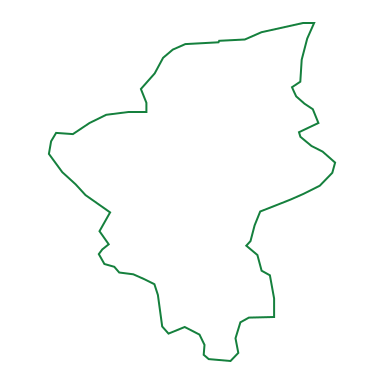 Laxå, Orebro, Sweden (Natural Earth projection)
{"feature_id": "70781695B77797038305071", "entity_name": "Laxå", "entity_type": "district", "adm_level": 2, "iso_a3": "SWE", "parent_name": "Sweden", "parent_adm1": "Orebro", "projection": "natural_earth1", "projection_center": [14.59, 58.927], "detail": "fine", "context": "isolated", "style": "outline", "palette": "green", "viewbox_px": 384, "rotation_deg": 0, "n_neighbors": 0, "source": "geoboundaries", "source_scale": "gbopen_adm2", "svg_char_len": 1048}
<svg xmlns="http://www.w3.org/2000/svg" viewBox="0 0 384 384"><path d="M274.1,317.0L274.1,298.5L269.9,275.3L261.6,270.7L257.4,255.0L246.3,245.7L250.5,241.1L254.6,225.4L260.2,211.5L276.8,205.0L290.7,199.5L303.2,194.0L319.8,185.7L332.3,172.8L335.1,162.6L322.6,151.6L311.5,146.0L300.4,136.8L299.0,132.2L308.9,127.5L318.4,123.0L312.8,109.2L304.5,103.7L296.2,96.4L293.9,91.5L292.0,87.2L300.3,81.7L301.7,59.7L307.2,38.6L314.1,23.0L303.0,23.0L261.5,32.2L244.8,39.5L219.2,40.8L218.5,42.3L185.3,44.1L172.8,49.6L163.1,57.8L154.7,73.4L140.9,89.0L146.4,102.8L146.4,112.0L128.4,112.0L106.2,114.8L89.5,123.0L72.9,134.1L56.1,132.9L51.1,141.3L48.9,153.9L62.3,172.2L75.6,184.3L85.5,195.1L110.1,212.4L99.5,231.2L108.3,243.7L108.7,244.3L102.3,249.4L98.8,254.1L104.4,264.0L114.3,266.8L119.2,272.5L120.7,272.7L133.3,274.3L143.9,279.0L154.4,284.2L157.9,295.0L162.2,326.5L168.5,333.6L184.7,327.0L199.5,334.6L204.5,344.9L203.7,354.8L208.7,359.1L230.5,361.0L238.3,352.9L235.5,338.3L240.4,322.3L248.9,317.6L274.1,317.0Z" fill="none" stroke="#15803d" stroke-width="2"/></svg>